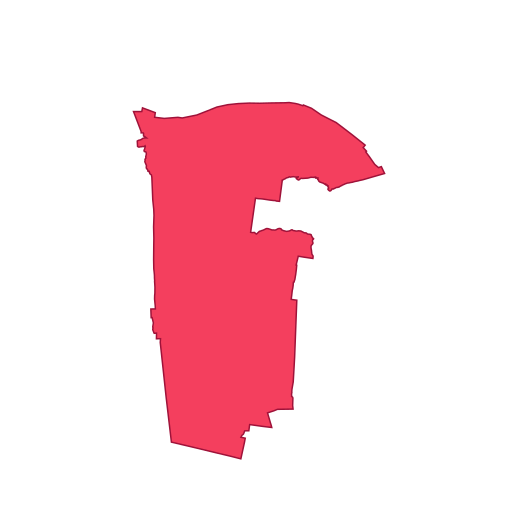 the district of Ciupercenii Noi, Dolj, Romania, rotated 157°
{"feature_id": "2599482B10348373605310", "entity_name": "Ciupercenii Noi", "entity_type": "district", "adm_level": 2, "iso_a3": "ROU", "parent_name": "Romania", "parent_adm1": "Dolj", "projection": "mercator", "projection_center": [22.919, 43.888], "detail": "fine", "context": "isolated", "style": "filled", "palette": "rose", "viewbox_px": 512, "rotation_deg": 157, "n_neighbors": 0, "source": "geoboundaries", "source_scale": "gbopen_adm2", "svg_char_len": 6052}
<svg xmlns="http://www.w3.org/2000/svg" viewBox="0 0 512 512"><g transform="rotate(157 256 256)"><path d="M377.9,213.9L393.9,161.1L406.6,117.7L391.0,106.3L368.6,89.7L357.6,81.6L349.2,75.2L339.2,89.3L337.1,92.5L338.9,93.8L340.7,95.0L340.3,95.3L339.6,96.0L339.0,96.4L338.1,96.7L337.6,96.8L337.0,97.1L335.6,98.5L334.9,99.4L334.4,99.3L334.0,99.2L330.9,97.9L327.7,103.3L316.7,96.7L308.5,92.0L308.2,93.9L308.0,95.8L307.9,96.8L306.7,107.1L300.0,106.5L296.2,106.5L281.7,100.6L280.7,104.0L277.5,110.9L277.5,111.9L278.1,112.8L277.8,113.4L277.5,114.2L277.2,115.1L276.4,116.2L275.9,117.5L274.9,119.4L270.9,125.6L260.1,147.5L235.7,199.4L237.6,200.5L240.5,202.3L240.0,203.3L238.8,205.3L236.2,209.9L234.8,211.9L233.4,214.2L232.3,216.4L231.8,217.2L231.5,217.1L231.2,217.1L231.0,217.3L230.5,218.0L229.4,219.2L227.4,222.4L226.9,223.1L224.1,227.9L222.1,231.6L222.6,232.0L217.7,238.6L217.2,239.3L212.3,236.2L204.6,231.5L203.9,232.7L203.5,233.6L203.5,234.1L203.6,234.6L203.8,235.5L203.8,235.8L203.6,236.7L202.8,239.3L202.2,241.9L202.0,242.4L201.5,243.5L201.2,243.9L200.6,244.3L199.6,244.8L198.8,245.2L198.4,246.0L198.4,246.5L198.2,247.7L197.5,248.7L197.1,249.0L196.6,249.0L196.2,249.4L196.4,250.0L196.8,250.4L197.0,250.7L196.9,251.3L196.9,251.9L197.0,252.5L197.0,253.6L196.9,253.9L197.1,254.3L197.4,254.6L198.3,255.2L199.4,255.7L199.7,255.9L200.2,256.4L200.5,257.2L200.6,257.4L201.1,257.8L202.3,258.4L202.7,258.7L203.1,259.2L203.4,259.7L203.8,260.1L204.1,260.4L204.5,261.0L204.8,261.3L205.3,261.7L207.3,262.7L208.3,262.9L209.4,263.3L210.2,263.9L211.1,264.5L211.5,264.7L212.0,265.1L212.3,265.6L212.4,265.9L212.6,266.0L213.1,266.2L213.6,266.2L214.1,266.1L214.7,266.0L215.8,266.1L217.4,266.5L218.4,266.8L220.9,268.7L221.4,269.2L221.5,269.5L222.2,270.0L222.3,270.3L222.3,271.0L222.4,271.4L223.0,271.8L223.4,272.1L224.4,272.4L225.1,272.5L227.4,272.3L227.7,272.3L228.5,272.5L228.8,272.6L229.8,273.2L230.5,273.5L230.8,273.6L231.2,273.8L232.9,275.4L233.7,276.0L234.1,276.4L235.2,277.0L235.8,277.2L239.2,277.0L241.1,277.2L242.3,277.2L242.9,277.3L243.2,277.4L246.9,276.0L247.4,276.5L247.7,277.0L247.9,277.5L248.0,277.9L248.1,278.2L248.6,278.4L249.0,278.6L250.1,278.9L251.0,279.4L251.7,279.9L233.9,309.4L231.7,308.0L228.9,306.6L227.3,305.7L221.3,302.0L218.5,300.4L217.6,299.9L217.0,299.7L216.6,299.5L216.2,299.0L215.9,298.7L213.0,297.1L202.3,315.3L202.3,315.5L201.5,315.5L201.1,315.6L200.5,315.7L199.7,315.7L198.8,315.7L197.5,316.0L197.1,316.0L196.0,315.7L195.0,315.8L194.3,315.9L193.8,315.3L193.5,315.2L193.2,315.1L192.6,315.0L191.9,314.8L190.7,314.5L189.0,313.4L188.3,313.0L186.8,312.6L186.2,312.4L186.3,312.2L186.6,312.0L187.1,312.0L187.7,312.2L188.2,312.2L188.6,311.9L188.6,311.5L188.3,310.9L187.8,310.1L187.4,309.5L187.0,309.3L186.6,309.3L186.0,309.4L184.7,309.9L184.1,309.8L183.7,309.7L182.9,309.2L179.1,307.9L178.0,307.5L177.0,307.3L175.3,307.1L174.7,307.0L172.1,305.8L171.8,305.8L170.3,305.4L170.1,305.1L170.5,304.8L170.7,304.5L170.4,304.3L170.2,304.1L169.3,304.0L168.8,303.8L168.5,303.7L168.8,303.0L169.3,302.4L169.1,302.0L168.9,301.9L168.9,301.4L169.0,300.6L168.4,299.2L165.6,296.7L164.6,295.2L164.1,295.2L163.7,295.0L164.0,294.3L163.9,294.0L163.7,293.8L163.1,293.7L162.8,293.5L162.9,292.8L162.9,292.7L162.4,292.7L162.2,292.4L162.3,292.2L162.5,292.0L162.6,291.8L162.6,291.5L162.5,291.3L162.7,290.8L162.7,290.5L162.6,290.2L163.1,289.9L163.5,289.7L163.7,289.4L163.7,289.1L163.4,288.1L162.9,287.3L162.7,287.0L162.3,286.9L161.8,286.9L161.4,287.0L160.9,287.3L160.6,287.4L159.9,288.0L159.4,287.9L159.1,287.6L158.4,287.4L158.2,287.6L157.3,287.5L156.2,287.6L155.6,287.7L155.0,287.6L154.6,287.4L153.9,287.3L153.7,287.2L153.1,287.2L152.9,287.1L152.6,287.0L152.2,287.2L151.8,287.2L150.5,287.4L149.8,287.3L149.5,287.3L149.1,287.5L148.8,287.6L148.2,287.5L147.1,287.5L145.9,287.6L145.0,287.5L144.3,287.5L143.2,287.4L142.0,287.0L140.4,286.7L138.3,286.2L136.4,286.0L135.7,285.9L132.5,285.2L132.0,285.2L127.7,284.4L117.5,283.2L105.4,281.7L105.7,289.3L108.7,289.5L110.9,293.9L112.8,302.9L114.3,308.9L113.3,309.3L115.0,313.9L112.2,315.4L120.1,330.0L130.0,347.4L140.8,360.3L147.2,370.3L153.4,376.5L154.1,376.0L157.8,379.3L160.3,381.1L165.5,384.3L169.4,385.7L182.4,391.0L192.8,395.1L202.5,399.4L212.7,403.2L222.8,406.3L233.8,408.4L244.5,408.6L255.4,408.9L270.0,411.9L273.6,414.1L273.8,414.2L286.7,418.5L295.1,423.3L292.7,427.3L302.6,436.7L304.7,433.6L312.3,436.8L313.1,415.5L313.6,414.2L312.8,413.9L312.2,413.6L311.7,413.3L311.6,413.1L311.7,412.5L312.0,412.1L312.2,411.4L312.6,410.6L312.5,410.2L312.2,410.0L311.5,409.0L311.4,408.7L310.7,407.5L311.7,407.9L312.9,408.3L313.9,408.5L314.8,408.4L315.9,408.1L317.3,408.1L318.3,408.3L319.1,408.4L319.9,408.3L320.4,408.2L322.2,403.2L322.0,402.9L321.7,402.3L321.4,402.1L320.7,401.8L319.8,401.7L318.7,401.3L318.3,401.3L317.7,401.1L316.9,400.7L316.5,400.6L315.3,400.6L315.1,400.7L315.1,400.3L315.1,400.0L315.5,399.5L316.2,398.8L316.9,397.7L317.6,397.3L318.0,396.5L317.9,395.7L316.8,395.0L316.7,394.2L316.9,393.3L317.2,392.5L317.9,391.6L318.3,390.9L318.6,390.7L318.8,390.2L319.0,389.4L319.2,389.1L319.6,388.9L320.0,388.7L320.3,388.4L320.5,388.2L320.5,387.8L320.7,387.4L321.0,387.0L321.4,386.4L321.5,385.8L321.5,384.5L321.5,382.6L321.6,381.9L321.7,381.6L322.1,381.1L322.5,380.2L322.6,379.5L322.6,379.1L322.2,378.6L322.2,378.0L322.1,377.8L322.1,377.2L322.3,376.5L322.3,376.2L321.8,376.0L321.5,375.8L321.3,375.8L321.2,375.5L321.2,375.4L321.4,375.1L321.5,374.8L321.5,374.6L321.4,374.3L321.4,374.0L321.5,373.8L321.5,373.2L321.4,372.8L320.6,371.6L321.1,369.2L329.1,348.0L331.9,338.9L334.1,333.1L338.9,322.8L343.1,312.2L345.5,306.8L351.6,292.8L355.1,284.1L356.1,280.8L356.7,278.9L357.3,277.2L357.7,276.3L358.2,275.0L358.7,273.5L359.0,272.7L359.3,272.2L360.2,269.6L361.2,266.8L363.6,261.3L364.7,259.3L366.2,256.0L368.2,249.6L369.3,246.6L373.5,248.3L375.5,243.1L376.6,240.2L375.7,239.9L376.6,234.5L378.5,231.5L378.7,231.2L378.8,230.8L378.9,230.5L378.9,230.0L379.2,229.6L379.5,229.2L379.8,228.6L379.9,227.7L379.9,227.0L379.9,226.3L380.0,225.2L379.9,224.6L377.7,223.9L380.0,218.7L376.2,217.2L377.9,213.9Z" fill="#f43f5e" stroke="#9f1239" stroke-width="1.5"/></g></svg>